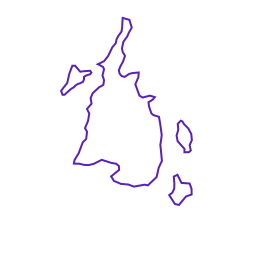 outline of Culebra, Puerto Rico, rotated 54°
{"feature_id": "32010507B36782575213222", "entity_name": "Culebra", "entity_type": "district", "adm_level": 2, "iso_a3": "PRI", "parent_name": "Puerto Rico", "parent_adm1": "", "projection": "natural_earth1", "projection_center": [-65.293, 18.314], "detail": "fine", "context": "isolated", "style": "outline", "palette": "violet", "viewbox_px": 256, "rotation_deg": 54, "n_neighbors": 0, "source": "geoboundaries", "source_scale": "gbopen_adm2", "svg_char_len": 2459}
<svg xmlns="http://www.w3.org/2000/svg" viewBox="0 0 256 256"><g transform="rotate(54 128 128)"><path d="M35.8,67.6L38.6,69.9L40.1,71.1L41.3,72.1L43.0,73.4L46.2,76.6L47.7,81.4L49.5,85.1L52.2,88.0L52.7,90.2L53.5,93.3L58.0,101.6L59.9,108.1L58.7,114.9L59.4,114.5L60.6,113.9L64.0,112.3L66.1,112.8L66.5,112.9L67.1,113.7L70.5,117.8L71.6,118.1L74.1,118.9L75.3,119.3L78.6,122.6L78.1,127.5L78.1,127.8L79.1,136.1L81.9,140.7L86.9,143.2L86.9,143.3L87.0,143.6L88.5,150.0L89.0,150.1L93.5,150.8L98.2,155.6L98.9,156.3L102.6,162.5L102.9,162.9L104.0,163.0L106.9,163.3L112.3,168.3L113.0,173.0L119.4,182.7L122.5,190.1L122.9,190.5L123.9,191.6L125.0,192.7L128.3,188.4L129.2,187.6L131.9,185.3L134.9,181.6L136.3,178.1L136.5,177.8L136.8,177.1L138.3,168.0L139.2,167.3L140.1,166.7L141.0,166.0L146.3,162.1L150.0,158.6L153.3,157.7L156.7,159.8L156.9,163.9L157.2,168.8L157.2,170.1L161.8,170.4L162.5,170.5L169.0,166.6L174.1,160.8L177.7,158.5L178.7,157.8L178.9,157.7L183.6,147.9L184.9,146.7L185.9,145.8L186.1,145.6L184.5,133.7L178.2,126.5L175.2,121.1L174.6,119.9L164.2,113.8L160.7,111.8L158.2,109.3L153.6,104.9L142.8,99.1L137.1,96.4L133.5,99.1L132.8,99.7L130.0,100.5L126.4,99.4L126.0,99.3L122.4,98.1L119.2,96.2L119.6,91.1L118.7,88.2L114.7,91.3L111.9,98.3L108.5,99.7L105.7,98.9L97.0,96.4L95.5,93.9L92.9,89.6L91.4,88.4L90.7,87.8L89.4,86.7L86.4,91.7L84.9,95.2L84.7,100.7L82.3,102.6L79.1,102.8L76.0,101.6L73.9,98.3L71.8,94.0L71.2,92.7L70.7,92.1L67.9,88.0L63.3,87.6L60.1,86.1L59.8,85.8L55.5,81.0L53.5,74.8L51.4,71.3L49.1,66.2L48.9,65.9L41.3,63.3L35.8,67.6ZM194.9,115.5L194.2,119.5L200.3,123.2L204.3,126.3L206.4,130.2L206.5,134.1L208.2,134.2L216.3,134.7L217.0,134.7L218.8,133.2L220.2,132.0L217.5,121.3L218.7,117.2L219.0,116.4L219.2,115.6L214.5,112.3L209.1,110.8L208.1,112.0L203.9,117.0L199.9,116.3L194.9,115.5ZM46.5,134.2L44.9,136.4L49.4,143.3L50.9,145.1L51.1,145.3L54.3,148.9L55.9,150.8L57.6,157.0L57.8,157.6L58.7,160.3L62.7,161.4L62.8,161.2L63.8,159.7L63.5,157.2L63.4,156.4L62.9,151.1L63.0,149.9L63.2,147.8L62.9,146.5L62.8,146.0L62.8,143.2L63.6,140.6L64.2,137.2L62.8,135.0L60.7,133.5L61.1,130.4L62.3,126.9L61.5,125.0L59.5,125.0L58.4,126.6L56.5,129.8L56.2,130.2L54.4,133.5L52.9,133.7L46.5,134.2ZM153.1,81.0L153.9,85.3L159.0,88.4L162.5,92.9L162.6,93.1L167.8,95.6L173.1,95.1L174.1,95.0L178.1,94.6L180.8,96.6L182.9,93.6L183.3,93.1L183.3,92.8L183.1,90.4L178.1,88.2L175.3,83.4L169.9,80.3L163.7,79.5L162.7,79.6L157.8,80.4L154.6,80.1L153.1,81.0Z" fill="none" stroke="#5b21b6" stroke-width="2"/></g></svg>